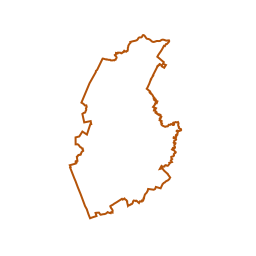 Thanh Tri, Sóc Trăng, Vietnam, rotated 311°
{"feature_id": "81297802B36147607104720", "entity_name": "Thanh Tri", "entity_type": "district", "adm_level": 2, "iso_a3": "VNM", "parent_name": "Vietnam", "parent_adm1": "Sóc Trăng", "projection": "mercator", "projection_center": [105.741, 9.467], "detail": "fine", "context": "isolated", "style": "outline", "palette": "amber", "viewbox_px": 256, "rotation_deg": 311, "n_neighbors": 0, "source": "geoboundaries", "source_scale": "gbopen_adm2", "svg_char_len": 5843}
<svg xmlns="http://www.w3.org/2000/svg" viewBox="0 0 256 256"><g transform="rotate(311 128 128)"><path d="M116.6,76.2L117.0,78.8L116.7,80.6L117.0,81.1L117.7,81.6L118.2,82.3L118.0,82.1L117.8,82.1L116.4,83.2L115.3,83.3L114.6,84.3L114.1,84.6L113.8,84.8L112.8,84.9L112.4,85.2L111.9,85.4L111.2,85.4L110.4,84.7L108.7,84.3L103.5,91.3L108.7,95.3L106.8,97.7L106.1,97.1L96.1,101.3L95.4,95.9L89.7,96.8L86.5,94.6L81.3,99.2L82.7,100.7L82.8,101.9L82.3,104.2L82.3,105.0L82.6,105.4L82.5,107.0L82.7,107.3L82.0,107.7L81.9,108.6L81.3,109.2L80.5,108.9L79.2,108.8L77.1,109.7L76.9,109.3L76.1,109.4L75.2,108.3L74.2,108.3L73.6,108.6L73.1,108.3L72.8,108.2L72.4,108.6L70.0,111.4L68.7,110.4L68.4,110.7L68.3,111.3L68.0,111.1L67.7,111.8L67.0,111.5L66.8,111.8L65.8,111.2L61.7,108.5L60.8,110.4L60.2,110.2L54.9,120.3L53.5,123.2L50.3,129.1L46.8,136.0L40.9,146.8L39.7,150.1L37.0,154.7L35.0,158.6L36.9,159.6L40.9,162.0L42.6,159.2L42.9,159.4L44.0,160.5L45.1,161.6L44.5,164.0L44.6,164.3L46.4,165.6L47.8,166.9L49.0,167.5L49.8,167.7L51.1,167.8L51.7,169.6L52.4,170.9L53.5,170.6L54.0,171.8L55.7,170.5L56.2,169.3L56.4,168.1L57.2,166.1L57.4,165.9L58.5,166.2L60.2,166.9L61.7,167.2L64.4,168.1L70.6,169.9L70.5,171.0L72.5,171.6L72.2,172.8L72.5,173.9L72.3,174.8L72.2,175.4L71.8,175.5L69.2,179.1L70.3,179.1L70.8,179.9L72.4,180.2L72.7,180.4L72.7,180.6L73.1,180.8L74.6,180.7L75.9,180.0L77.0,179.9L77.8,181.3L77.9,181.7L78.5,181.8L78.7,182.1L78.6,185.5L80.5,185.1L81.5,186.6L82.3,186.2L82.6,186.6L82.9,186.4L83.2,187.0L85.4,186.2L85.3,185.8L86.2,185.6L88.7,184.5L89.4,184.4L91.7,184.5L92.8,184.1L93.2,184.2L95.2,183.2L98.3,187.9L99.5,188.4L100.0,188.4L101.8,187.7L103.5,191.4L103.9,192.2L108.4,190.9L108.7,191.0L110.0,191.0L111.0,191.5L112.3,191.5L114.8,192.5L116.6,192.7L117.6,192.4L118.1,192.3L118.3,192.3L118.4,191.9L119.2,188.2L119.4,188.2L119.5,187.9L119.4,186.9L119.5,183.0L120.1,180.4L118.0,178.9L121.3,178.2L121.3,178.7L122.3,180.4L122.9,180.8L123.6,180.5L124.0,180.5L124.7,180.8L125.0,181.4L125.1,182.2L125.4,182.6L125.9,182.9L128.8,182.7L129.0,182.1L131.1,183.5L131.7,181.6L133.5,181.7L133.5,180.9L133.6,180.6L134.6,179.6L135.7,180.2L136.1,180.6L137.1,180.8L137.3,180.8L137.6,180.6L138.3,179.7L139.3,179.7L139.8,180.0L140.6,180.1L141.1,179.9L141.1,179.6L140.9,178.9L141.3,178.1L141.3,177.2L141.2,176.7L140.7,175.8L140.7,175.3L141.7,175.3L142.3,175.0L142.5,175.0L142.8,175.3L142.9,176.1L143.2,176.4L143.5,176.4L144.1,176.3L144.5,175.9L144.9,174.7L145.6,174.1L146.0,174.0L147.0,174.1L147.4,174.0L147.7,173.8L147.6,173.5L146.9,173.1L146.8,172.3L147.0,172.0L147.7,172.1L148.7,171.3L150.2,171.9L150.8,171.9L151.0,171.8L151.4,171.0L151.4,170.6L150.9,169.8L150.4,169.4L150.3,169.1L150.5,168.9L150.9,168.6L151.1,168.6L151.3,169.4L152.4,170.3L153.1,170.2L153.3,170.0L153.5,169.7L153.5,169.2L154.2,168.8L154.5,168.9L154.7,169.5L155.0,169.7L155.3,169.7L156.2,168.9L156.5,168.9L157.1,168.5L157.8,168.3L157.9,167.9L157.6,167.3L157.6,166.9L157.6,166.7L157.9,166.6L158.4,166.8L158.7,167.9L159.1,168.4L159.5,168.7L160.9,169.5L161.4,169.4L161.6,169.1L161.9,168.7L161.6,167.8L161.3,167.1L161.4,166.5L161.5,166.2L162.3,165.7L162.5,164.8L163.2,163.8L164.4,163.3L164.8,162.9L165.3,161.8L164.3,161.3L163.8,160.1L163.0,159.8L161.8,158.7L161.5,158.7L161.4,158.9L161.3,160.0L161.1,160.3L160.8,160.5L160.2,160.5L159.7,159.9L159.5,158.3L159.1,157.8L158.1,157.8L157.9,157.6L157.4,156.8L157.2,156.6L156.9,156.6L156.0,156.9L155.4,156.9L154.9,156.5L154.3,155.7L153.6,155.6L153.1,154.9L152.8,153.6L152.5,152.8L152.4,152.1L152.5,151.0L153.7,150.7L153.6,149.5L154.6,149.3L154.6,148.5L155.2,148.5L154.7,146.7L156.0,146.5L155.9,145.9L156.7,145.8L156.7,145.7L157.6,145.6L157.7,145.9L158.4,145.8L158.6,144.1L159.1,144.0L159.0,143.1L158.1,143.1L158.0,142.2L158.3,142.2L158.2,140.7L157.8,140.8L157.6,138.7L158.8,138.6L158.8,137.3L158.2,136.1L159.7,135.4L159.8,136.4L161.3,136.2L160.9,134.9L160.6,135.0L160.3,133.1L164.2,132.9L164.4,132.9L164.4,132.4L165.6,132.2L165.8,133.3L167.4,132.7L166.9,131.2L166.6,131.1L166.5,130.6L167.7,130.2L167.6,129.6L166.4,129.7L166.4,129.1L167.6,129.0L167.7,128.9L167.9,128.5L167.4,128.2L167.4,127.8L168.1,127.7L168.1,126.9L168.3,126.6L168.5,125.8L168.8,125.4L169.3,122.7L168.9,122.6L169.0,121.1L169.7,121.0L169.8,120.4L170.1,120.4L169.9,116.4L171.2,116.2L175.4,115.0L178.0,114.0L179.9,113.5L179.9,113.2L182.8,112.8L184.0,112.7L184.0,112.3L193.3,110.0L194.0,109.8L194.0,109.6L194.4,109.6L194.5,110.0L196.5,109.9L196.5,110.3L197.1,110.2L197.4,112.6L196.7,113.0L197.2,115.8L200.4,115.3L199.4,112.3L201.2,111.8L201.1,110.0L201.1,106.7L201.0,103.4L203.2,102.9L208.0,102.4L210.7,101.9L213.6,101.2L214.0,102.1L214.9,101.8L215.5,101.8L216.1,101.6L217.0,102.3L218.2,102.3L218.9,102.4L220.1,102.3L220.4,102.2L220.7,102.0L221.0,101.4L219.6,100.1L219.0,99.5L218.1,97.2L217.6,96.4L217.3,96.1L216.6,95.6L214.6,95.0L214.0,94.4L212.5,92.6L210.4,91.4L209.6,90.7L209.3,90.2L209.0,89.2L209.1,86.9L208.9,86.0L208.7,85.2L207.9,84.0L207.7,83.4L207.8,82.8L208.5,80.0L208.4,78.9L208.0,78.4L207.4,78.3L206.3,78.7L205.6,78.7L205.0,78.5L203.9,77.2L203.2,76.9L202.4,76.9L201.2,77.2L199.9,77.0L198.7,76.3L196.7,74.8L194.5,73.3L194.1,73.9L193.8,74.0L192.7,73.8L192.2,74.0L191.6,74.0L190.2,74.3L189.3,75.0L188.4,75.3L186.9,76.6L186.2,76.8L186.0,77.0L185.4,76.8L185.0,76.4L184.5,76.6L183.9,75.6L183.8,74.4L183.7,74.4L183.0,74.9L182.7,75.0L182.3,74.9L181.9,74.4L181.6,74.2L180.6,74.3L180.2,74.2L179.9,73.8L179.7,72.6L179.0,71.9L178.3,70.9L177.9,70.8L177.7,71.3L177.4,71.3L177.2,70.8L177.1,70.2L176.8,69.7L176.5,69.9L176.3,70.3L176.0,70.5L174.8,70.5L174.7,70.3L174.4,70.2L174.2,70.6L174.3,72.0L173.7,73.2L173.3,73.4L171.9,73.6L171.4,73.8L171.1,73.4L170.1,73.3L169.8,72.7L168.9,72.0L167.8,70.8L167.7,70.3L167.7,69.7L166.9,68.9L166.3,67.9L165.9,66.9L165.5,66.8L163.9,63.4L163.7,63.3L152.3,66.4L151.5,66.6L150.3,66.4L149.9,66.4L149.6,66.6L149.2,67.0L136.6,69.6L116.6,76.2Z" fill="none" stroke="#b45309" stroke-width="2"/></g></svg>